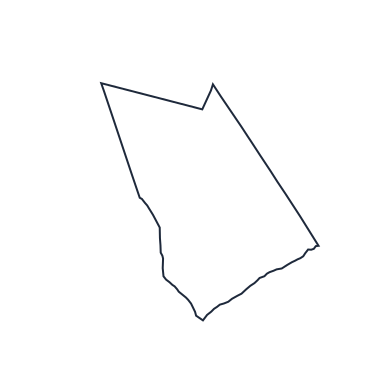 Senador Rui Palmeira, Alagoas, Brazil (Equal Earth projection), rotated 213°
{"feature_id": "56859067B1965841485432", "entity_name": "Senador Rui Palmeira", "entity_type": "district", "adm_level": 2, "iso_a3": "BRA", "parent_name": "Brazil", "parent_adm1": "Alagoas", "projection": "equal_earth", "projection_center": [-37.547, -9.387], "detail": "fine", "context": "isolated", "style": "outline", "palette": "slate", "viewbox_px": 384, "rotation_deg": 213, "n_neighbors": 0, "source": "geoboundaries", "source_scale": "gbopen_adm2", "svg_char_len": 1094}
<svg xmlns="http://www.w3.org/2000/svg" viewBox="0 0 384 384"><g transform="rotate(213 192 192)"><path d="M327.4,233.8L320.3,228.3L297.9,210.5L252.6,174.4L232.7,158.7L230.3,158.9L225.7,157.3L222.2,156.3L218.9,154.7L212.3,151.6L199.7,144.6L193.8,135.9L189.4,130.1L185.2,124.1L182.1,122.4L180.0,120.4L175.1,112.2L170.0,105.8L166.0,104.4L161.7,104.1L157.8,103.4L155.2,103.4L151.4,102.3L148.9,101.2L139.6,100.2L136.6,99.5L132.0,97.9L124.2,93.2L121.2,90.5L112.9,90.3L112.4,97.2L110.7,102.1L109.9,106.0L108.4,109.4L107.3,112.7L104.5,115.9L101.8,119.7L100.3,124.2L97.4,129.7L95.1,133.7L93.6,139.7L92.0,145.1L90.0,149.6L89.0,153.6L88.5,156.7L85.4,160.8L84.7,164.3L83.3,167.0L80.7,170.4L78.9,173.2L75.1,176.7L72.4,182.7L70.0,187.5L68.2,190.4L66.8,193.0L65.1,195.5L63.7,198.7L63.7,202.3L63.3,207.0L60.6,208.5L58.9,210.7L58.7,214.0L56.6,215.8L88.1,230.5L113.1,241.6L115.7,242.7L126.2,247.2L137.2,252.2L154.7,259.8L169.6,266.4L175.6,269.0L186.0,273.6L219.5,287.7L222.0,288.8L233.1,293.7L231.4,287.5L228.4,266.9L259.3,256.6L310.4,239.5L327.4,233.8Z" fill="none" stroke="#1e293b" stroke-width="2"/></g></svg>